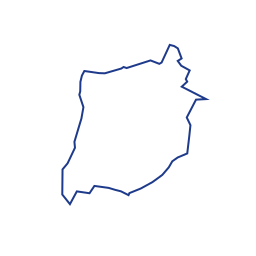 Dogondoutchi, Dosso, Niger, rotated 206°
{"feature_id": "23599985B71800364259973", "entity_name": "Dogondoutchi", "entity_type": "district", "adm_level": 2, "iso_a3": "NER", "parent_name": "Niger", "parent_adm1": "Dosso", "projection": "orthographic", "projection_center": [4.132, 13.975], "detail": "fine", "context": "isolated", "style": "outline", "palette": "blue", "viewbox_px": 256, "rotation_deg": 206, "n_neighbors": 0, "source": "geoboundaries", "source_scale": "gbopen_adm2", "svg_char_len": 767}
<svg xmlns="http://www.w3.org/2000/svg" viewBox="0 0 256 256"><g transform="rotate(206 128 128)"><path d="M95.1,195.6L97.5,197.3L97.8,206.8L107.4,207.3L112.7,210.1L110.3,214.0L118.1,221.4L122.4,221.9L126.9,221.0L126.5,201.6L128.0,199.4L137.4,198.6L155.5,181.3L158.7,180.9L160.1,178.5L172.8,167.0L178.2,164.6L192.2,160.1L192.4,154.9L191.0,148.6L187.0,140.0L186.3,136.5L177.2,127.2L174.0,116.0L173.1,110.3L170.1,92.1L167.0,87.0L166.8,69.8L168.7,62.1L157.9,39.4L146.8,34.1L146.2,48.6L134.0,52.5L132.8,61.2L119.1,65.7L112.3,66.8L106.6,68.0L98.1,67.9L98.2,70.1L90.0,79.2L82.3,90.1L76.6,100.9L74.1,110.5L73.6,117.5L70.4,123.3L63.6,131.1L69.3,147.4L73.1,157.9L79.8,163.2L79.3,183.3L70.5,188.2L97.8,188.7L95.1,195.6Z" fill="none" stroke="#1e3a8a" stroke-width="2"/></g></svg>